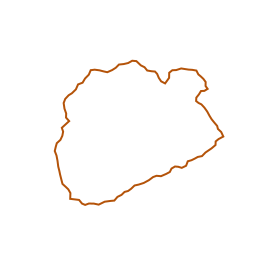 the district of Luisburgo, Minas Gerais, Brazil, rotated 231°
{"feature_id": "56859067B70071558492510", "entity_name": "Luisburgo", "entity_type": "district", "adm_level": 2, "iso_a3": "BRA", "parent_name": "Brazil", "parent_adm1": "Minas Gerais", "projection": "robinson", "projection_center": [-42.076, -20.436], "detail": "fine", "context": "isolated", "style": "outline", "palette": "amber", "viewbox_px": 256, "rotation_deg": 231, "n_neighbors": 0, "source": "geoboundaries", "source_scale": "gbopen_adm2", "svg_char_len": 1567}
<svg xmlns="http://www.w3.org/2000/svg" viewBox="0 0 256 256"><g transform="rotate(231 128 128)"><path d="M140.8,206.8L142.7,201.9L145.0,198.8L145.0,194.8L141.1,191.5L139.3,184.9L143.4,183.1L147.6,183.5L151.7,184.7L154.9,184.5L157.2,182.1L160.6,179.1L164.8,179.1L168.6,177.4L174.7,176.6L177.6,173.6L178.4,169.0L180.4,164.9L183.0,160.9L182.5,156.4L183.0,152.1L184.4,147.0L187.3,144.7L190.8,142.1L194.3,138.8L196.4,135.4L194.1,131.1L193.5,125.8L191.8,121.2L193.3,116.6L190.8,111.8L190.3,106.3L190.8,102.5L190.1,97.5L187.9,93.7L183.0,90.8L178.2,89.1L175.1,86.4L170.4,86.6L170.1,81.7L169.8,76.7L166.0,75.3L163.3,72.1L161.3,68.0L161.0,63.1L158.9,60.1L156.2,56.6L151.6,55.1L146.9,52.6L141.9,49.5L137.8,47.6L134.5,45.9L130.6,44.1L125.8,41.9L121.2,42.6L117.9,43.0L113.7,42.3L109.3,38.5L105.6,42.1L102.9,44.7L98.2,44.7L95.2,46.3L93.9,50.1L90.7,53.9L86.9,57.0L85.4,63.5L82.4,68.4L80.2,71.7L81.1,76.5L80.1,80.9L80.5,85.1L79.0,88.4L78.8,92.1L79.2,96.9L77.3,100.7L75.4,105.6L74.3,111.5L74.1,116.6L72.9,120.1L69.8,123.3L68.3,128.7L67.5,132.8L69.1,136.3L68.5,140.3L66.3,142.6L63.2,144.7L62.1,149.4L64.5,153.5L63.0,157.1L62.2,160.6L61.6,164.0L59.6,167.8L60.2,172.8L59.6,180.1L59.7,185.3L62.4,187.7L62.4,191.5L61.4,196.7L66.2,197.9L70.7,197.3L73.5,198.6L77.8,198.5L82.2,198.5L86.1,199.0L90.9,199.9L95.8,200.2L100.2,199.9L103.0,198.6L106.1,197.9L108.6,200.2L109.5,204.3L110.8,208.0L108.8,210.7L108.3,214.5L111.8,214.7L114.9,217.3L118.7,217.5L122.4,217.0L125.4,216.4L129.6,217.3L132.8,214.5L135.3,211.8L137.7,209.6L140.8,206.8Z" fill="none" stroke="#b45309" stroke-width="2"/></g></svg>